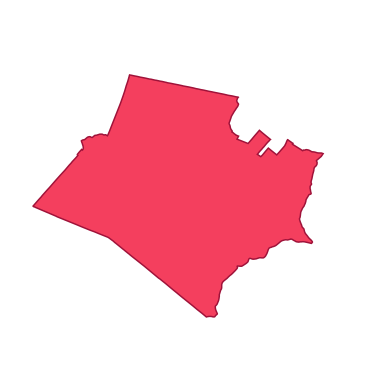 outline of Khlong Sam Wa, Bangkok Metropolis, Thailand, rotated 221°
{"feature_id": "78962969B63741991281097", "entity_name": "Khlong Sam Wa", "entity_type": "district", "adm_level": 2, "iso_a3": "THA", "parent_name": "Thailand", "parent_adm1": "Bangkok Metropolis", "projection": "mercator", "projection_center": [100.726, 13.873], "detail": "fine", "context": "isolated", "style": "filled", "palette": "rose", "viewbox_px": 384, "rotation_deg": 221, "n_neighbors": 0, "source": "geoboundaries", "source_scale": "gbopen_adm2", "svg_char_len": 5953}
<svg xmlns="http://www.w3.org/2000/svg" viewBox="0 0 384 384"><g transform="rotate(221 192 192)"><path d="M77.6,225.4L76.8,226.1L75.7,227.3L74.4,228.2L73.9,228.5L70.2,230.5L68.2,231.5L68.1,231.8L68.2,233.1L68.5,233.4L69.0,233.6L71.1,233.9L73.0,233.9L75.3,234.3L75.9,234.5L78.8,235.0L79.8,235.3L80.7,235.7L81.3,236.1L83.0,237.3L83.5,237.6L85.6,237.8L86.4,238.1L87.2,238.6L87.5,238.9L88.4,239.3L89.0,239.6L90.5,240.4L91.9,241.2L93.3,242.2L93.4,242.5L93.8,243.7L94.1,244.2L94.7,245.2L95.4,246.2L96.6,248.0L97.2,249.5L97.3,250.1L97.6,251.1L98.0,252.5L98.2,254.9L98.8,256.5L98.9,257.2L99.0,257.5L99.8,259.3L100.9,261.1L101.2,262.5L101.5,264.3L101.9,266.4L101.9,266.7L101.8,267.0L101.5,267.5L101.0,268.3L101.0,268.6L101.1,269.0L101.3,269.2L102.9,270.3L103.1,270.5L104.3,271.5L105.4,272.3L105.6,272.5L105.8,272.9L106.4,273.5L106.6,274.1L106.8,274.9L106.8,275.5L106.9,276.3L107.2,276.6L108.3,277.2L108.8,277.8L109.4,278.8L110.2,280.6L112.5,284.6L113.7,287.2L114.5,288.6L115.0,289.2L115.3,289.8L115.7,290.8L115.7,291.5L115.5,293.3L115.6,293.7L115.8,294.7L116.2,295.4L116.6,295.9L117.1,296.5L117.3,296.6L118.5,297.1L118.7,297.6L118.4,299.1L118.4,299.5L118.3,300.2L118.1,301.5L118.0,302.2L117.8,303.6L118.1,306.3L118.2,307.0L119.0,306.7L119.9,306.3L122.7,304.0L124.2,303.3L125.5,302.7L126.6,302.0L127.4,301.4L127.8,301.1L128.5,300.9L130.8,300.4L131.4,300.2L132.4,299.7L132.8,299.4L133.2,299.2L133.7,298.8L133.9,298.5L134.1,298.0L134.4,297.5L134.7,297.3L135.1,297.1L135.4,296.7L135.5,296.5L135.4,296.1L135.5,295.8L136.3,295.6L137.7,295.5L139.5,295.2L145.8,294.2L147.5,293.9L147.6,294.0L147.6,294.9L147.8,295.0L148.4,294.8L149.9,294.7L152.5,294.4L154.1,294.3L154.2,294.2L154.1,293.9L153.9,292.7L153.6,291.9L153.5,291.6L153.0,290.3L152.7,288.8L152.4,288.2L152.3,286.2L152.3,280.4L152.3,279.6L152.4,275.6L163.2,275.2L163.2,271.0L163.1,267.0L163.1,265.6L163.3,263.8L167.4,263.3L167.4,263.8L167.4,264.2L167.5,265.7L167.5,268.1L167.4,270.4L167.5,271.4L167.5,271.9L167.4,272.1L167.4,274.0L167.5,276.7L167.5,278.9L167.4,280.4L167.3,281.7L167.4,282.8L167.3,283.1L167.8,283.1L178.1,282.8L180.8,282.8L181.6,282.8L181.6,275.6L181.5,270.9L181.5,265.4L192.7,261.4L193.5,264.7L195.7,264.0L195.8,263.8L196.0,263.8L196.5,263.9L197.0,263.8L198.4,263.7L200.6,263.7L201.3,263.5L201.6,264.3L202.0,264.5L203.6,264.9L204.6,265.3L205.2,265.7L206.6,266.8L207.6,267.4L208.0,267.5L208.8,267.9L209.1,268.2L209.4,268.8L209.9,270.2L210.8,272.4L211.4,273.8L211.9,275.0L212.1,275.9L212.3,276.9L213.0,280.7L213.2,282.7L213.5,284.4L213.6,285.9L213.7,286.7L214.4,288.6L214.5,288.8L214.8,289.0L216.4,289.3L216.7,289.4L217.7,289.9L218.1,290.2L218.3,290.5L218.7,291.5L219.0,292.2L219.2,292.8L219.2,293.6L219.2,293.9L219.4,293.9L220.9,292.9L224.8,290.8L228.2,288.7L230.7,287.4L232.4,286.5L241.5,281.3L242.8,280.6L243.8,280.0L245.4,279.1L245.7,278.9L250.1,276.5L252.6,275.0L254.5,274.0L256.7,272.7L259.3,271.4L262.5,269.6L262.9,269.4L264.6,268.4L265.6,267.8L267.8,266.5L268.3,266.2L269.4,265.7L271.7,264.4L272.8,263.8L275.4,262.3L276.6,261.6L279.3,260.1L282.4,258.2L282.8,258.1L285.2,256.8L287.1,255.8L288.7,254.8L292.0,253.0L293.4,252.1L297.0,250.2L298.1,249.4L299.8,248.5L301.5,247.6L305.3,245.4L305.9,245.0L309.5,243.1L311.5,241.9L314.6,240.2L315.7,239.5L315.9,239.4L315.6,238.7L315.4,238.2L315.2,238.0L314.6,236.6L314.2,235.8L313.0,233.2L311.3,229.0L308.9,223.8L307.0,219.2L304.9,213.9L303.8,211.0L295.5,187.5L294.2,183.9L293.2,180.8L292.7,179.0L293.7,178.7L294.4,178.7L294.8,178.5L295.0,178.3L295.6,177.6L296.0,177.2L297.8,176.7L298.0,176.5L299.5,175.2L301.4,172.1L302.3,171.2L302.5,170.9L302.6,170.4L302.8,169.3L303.0,167.8L303.1,167.7L303.5,167.4L304.0,167.2L304.9,167.0L305.3,166.8L305.8,166.4L306.5,165.4L306.8,164.8L306.9,164.3L307.3,161.6L307.4,161.3L307.6,160.8L308.0,160.3L308.7,159.4L309.1,158.1L308.6,157.7L308.1,157.4L306.6,156.6L305.7,156.0L304.3,155.2L302.9,153.9L302.5,153.2L302.2,152.5L302.2,152.2L302.3,151.6L303.2,151.7L303.3,148.3L303.2,145.4L303.2,145.2L303.0,144.9L302.4,144.8L302.1,144.7L302.1,144.4L302.1,143.7L302.1,141.2L302.3,136.5L302.2,134.2L302.3,131.9L302.2,125.0L302.4,118.6L302.5,112.0L302.5,101.9L302.6,98.9L302.7,90.9L302.6,89.9L302.7,85.4L302.7,83.6L302.7,77.1L302.3,77.0L301.8,77.1L301.4,77.2L301.2,77.4L300.6,77.6L300.3,77.6L278.6,84.6L277.6,84.8L256.9,91.9L253.2,93.1L243.6,96.4L239.7,97.9L234.6,99.6L225.7,102.7L224.3,102.9L221.4,103.1L219.2,103.3L217.2,103.2L216.2,103.3L194.5,104.0L179.4,104.7L160.7,105.1L159.2,105.3L151.4,105.6L144.9,105.7L129.9,106.1L116.9,106.6L111.3,106.7L105.1,107.0L99.2,107.1L98.9,107.6L97.6,109.2L96.6,110.1L95.5,110.9L94.8,111.3L94.2,111.5L93.7,112.0L93.3,112.3L93.2,112.5L93.0,112.8L93.1,114.0L93.1,114.9L92.9,115.6L92.9,116.5L93.0,116.7L93.3,116.9L95.8,118.1L96.9,118.7L98.1,119.6L98.9,120.4L99.3,120.8L99.5,121.4L99.4,122.7L99.5,123.9L100.8,127.6L101.6,129.1L102.6,130.6L103.1,131.4L103.9,132.2L104.1,132.6L105.6,135.9L106.0,136.9L106.2,138.2L106.5,138.7L106.7,139.1L108.4,141.1L108.8,141.6L109.2,142.3L109.5,143.1L109.7,143.8L109.7,145.1L109.6,146.1L108.9,149.9L108.8,152.0L108.7,152.8L108.6,153.8L108.2,155.6L108.0,157.7L107.9,159.5L107.8,161.0L107.8,162.6L107.8,163.8L108.0,164.6L108.2,164.9L108.9,165.3L109.2,165.6L109.0,166.1L107.2,167.4L106.1,168.3L105.7,168.8L105.4,169.7L104.5,172.8L104.2,174.0L104.0,175.8L104.1,176.3L105.0,178.4L105.1,179.2L105.0,179.6L104.8,179.9L104.6,180.0L104.1,180.3L102.6,180.9L101.8,181.4L101.4,181.8L101.3,182.0L100.9,182.3L100.3,183.0L99.7,183.7L98.6,185.6L97.9,186.7L97.2,187.3L96.7,187.7L96.3,187.9L95.5,188.6L95.1,188.9L94.7,189.7L94.6,190.2L94.5,190.9L94.5,191.6L94.5,192.0L95.1,194.7L95.9,196.8L96.7,198.7L97.0,200.2L96.8,200.8L96.5,201.4L95.9,202.3L95.4,203.4L94.6,204.5L93.9,205.9L93.6,206.8L93.3,208.4L93.2,209.1L92.8,211.4L92.7,212.4L92.4,213.6L91.9,214.7L90.7,216.5L90.0,217.4L88.3,218.6L87.4,220.0L86.6,221.1L86.6,221.3L85.6,221.9L82.8,222.4L82.1,222.6L81.3,222.7L80.6,222.9L79.3,223.7L78.6,224.2L78.3,224.5L77.6,225.4Z" fill="#f43f5e" stroke="#9f1239" stroke-width="1.5"/></g></svg>